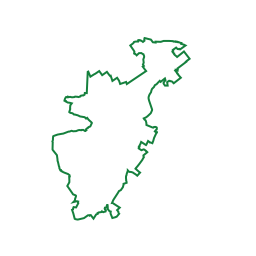 outline of Vandzenes pag., Talsi, Latvia, rotated 333°
{"feature_id": "27541924B44124722370544", "entity_name": "Vandzenes pag.", "entity_type": "district", "adm_level": 2, "iso_a3": "LVA", "parent_name": "Latvia", "parent_adm1": "Talsi", "projection": "mercator", "projection_center": [22.859, 57.331], "detail": "fine", "context": "isolated", "style": "outline", "palette": "green", "viewbox_px": 256, "rotation_deg": 333, "n_neighbors": 0, "source": "geoboundaries", "source_scale": "gbopen_adm2", "svg_char_len": 5609}
<svg xmlns="http://www.w3.org/2000/svg" viewBox="0 0 256 256"><g transform="rotate(333 128 128)"><path d="M56.1,193.1L60.3,190.6L62.1,190.7L62.3,190.0L63.1,190.1L63.4,189.9L66.1,190.8L66.8,190.5L66.8,190.8L67.5,191.5L67.8,191.8L68.3,191.8L70.1,192.2L71.0,191.2L70.5,190.0L70.7,189.1L71.1,188.7L71.3,188.5L72.9,189.1L73.2,188.5L73.8,187.6L74.4,187.1L74.8,187.3L74.6,188.0L73.6,190.2L73.4,190.1L73.2,191.0L73.2,191.4L73.4,192.1L73.5,192.8L73.7,193.4L73.8,193.8L74.7,194.6L74.1,195.4L73.6,196.4L73.2,201.1L76.5,201.8L76.7,201.7L77.6,201.9L81.1,200.4L81.0,200.2L81.1,199.0L81.4,198.1L81.0,196.2L84.5,195.2L80.1,187.6L79.8,187.5L80.5,186.9L82.2,185.5L84.4,184.2L84.6,184.1L89.8,181.1L91.3,180.1L93.4,180.1L96.6,178.4L98.2,176.6L98.7,175.7L101.9,176.2L102.3,175.2L102.6,173.6L103.0,173.0L103.4,171.8L104.4,170.0L105.2,169.4L105.9,168.4L108.5,165.9L108.6,165.7L108.7,166.0L108.8,166.8L109.2,167.6L109.6,167.9L110.2,168.2L111.3,169.0L111.8,169.6L112.3,170.1L112.8,171.2L113.8,172.8L114.2,173.8L114.6,174.7L118.5,173.2L117.9,172.0L116.2,167.7L117.1,167.3L117.1,167.2L119.1,166.4L121.9,165.1L126.1,163.0L126.8,162.5L128.7,161.3L128.6,161.2L129.3,159.4L133.9,158.4L134.2,158.3L133.9,157.6L134.0,157.6L133.7,156.7L132.7,154.6L132.1,154.1L129.9,153.9L128.3,151.1L129.6,150.0L129.2,149.6L131.6,148.0L133.4,146.4L136.3,151.4L136.6,151.3L140.0,148.7L140.8,150.3L140.9,150.8L141.0,151.0L141.6,151.2L142.8,152.6L144.6,151.0L146.7,148.7L150.8,145.5L151.1,145.3L151.7,145.2L151.9,144.9L150.7,143.9L150.4,143.2L152.0,142.5L152.9,142.3L153.7,141.1L153.8,140.6L153.3,139.8L152.6,139.3L151.5,138.9L150.9,139.2L150.1,138.7L145.8,133.7L146.7,131.7L147.1,129.7L147.1,129.3L147.0,128.9L146.5,127.9L146.4,126.6L148.7,126.7L149.6,126.6L150.7,126.4L154.2,125.4L154.8,125.2L155.2,125.0L157.5,123.1L157.8,122.6L157.9,122.2L159.2,113.3L159.4,112.4L159.6,111.5L159.9,110.7L160.4,109.8L160.8,109.4L161.8,108.4L162.6,107.8L164.7,106.6L165.1,106.2L165.7,105.4L166.9,104.3L167.4,104.0L169.6,103.3L170.0,103.1L171.0,102.3L171.3,102.1L171.7,102.0L173.0,102.0L173.5,101.9L175.3,101.2L177.7,100.4L178.0,101.7L183.4,100.6L183.3,101.2L183.0,102.0L183.1,102.4L180.4,103.7L180.2,103.9L179.9,104.6L180.2,107.0L182.6,108.2L183.7,104.9L186.1,104.6L186.7,105.0L186.8,105.5L187.5,105.8L188.4,106.7L188.7,107.6L188.9,108.7L189.0,108.9L197.9,107.2L197.4,105.3L197.3,105.0L196.7,102.2L196.9,102.2L196.7,101.1L196.1,98.1L197.2,97.9L197.8,98.5L198.3,99.3L198.6,98.9L198.4,98.5L198.6,98.6L199.1,98.2L199.2,97.4L209.8,95.5L209.7,95.2L210.9,94.9L210.9,95.0L211.2,94.9L214.3,94.3L212.9,86.9L212.6,85.2L210.8,85.6L204.0,87.0L203.8,86.3L202.9,84.3L202.6,83.3L203.0,82.6L202.5,82.1L202.5,81.6L202.2,80.3L202.2,80.2L202.3,79.9L203.3,79.8L203.4,78.8L207.4,78.2L208.0,80.1L209.0,80.8L209.5,80.7L209.9,81.0L210.1,81.6L216.7,80.6L216.0,79.7L215.8,79.3L213.6,77.2L214.0,76.8L214.2,76.5L213.4,76.0L212.6,75.0L212.5,74.9L212.2,74.8L211.8,74.2L211.5,73.9L211.3,74.1L210.9,73.9L210.6,73.3L210.5,73.1L210.3,72.9L210.2,72.9L209.7,73.0L209.6,72.9L209.5,72.3L209.4,72.2L208.2,72.0L208.0,71.8L207.8,71.5L207.8,71.4L207.4,71.2L207.3,70.9L204.0,69.0L199.3,66.6L196.3,66.1L191.8,63.6L191.4,64.4L189.1,62.9L188.9,61.8L188.7,60.5L188.5,59.6L183.6,55.4L183.1,55.9L182.4,57.1L182.4,57.4L182.3,57.7L180.4,58.1L180.1,57.4L179.1,55.7L178.4,55.6L178.3,55.0L177.5,54.5L176.9,54.4L176.2,55.5L173.7,54.3L172.4,54.1L172.0,54.5L170.5,55.0L167.5,55.5L168.3,61.3L168.4,62.8L167.3,64.4L168.0,65.1L167.9,65.4L168.5,66.2L168.7,67.2L171.8,66.3L173.9,67.3L174.9,69.1L175.2,69.3L175.0,71.3L174.5,72.2L172.8,73.8L171.6,77.0L170.9,77.5L170.6,78.0L170.1,78.3L170.2,79.0L170.3,79.9L169.0,80.0L169.6,83.6L170.0,85.5L146.9,88.3L147.2,86.1L144.9,85.8L141.0,85.2L141.5,81.9L141.1,78.3L135.5,79.0L136.3,73.6L135.7,73.6L135.3,72.0L134.7,68.4L129.0,69.2L128.6,66.7L128.2,64.2L123.5,64.8L122.1,64.8L117.8,65.2L117.9,63.8L118.2,59.7L117.6,59.7L107.1,78.2L105.4,77.2L104.4,78.6L103.4,78.7L102.8,78.5L102.7,78.6L102.0,78.2L100.5,77.8L100.3,77.8L99.8,78.3L98.2,78.0L97.8,77.9L97.2,77.3L95.1,76.0L94.3,76.1L93.8,75.9L92.2,75.3L91.5,74.8L90.6,74.0L89.6,73.7L89.3,73.5L88.7,72.8L88.2,73.3L87.0,72.3L86.4,72.5L85.2,73.3L84.1,74.4L83.8,74.8L84.8,75.7L84.5,76.0L85.6,77.5L85.7,77.8L87.7,79.2L89.1,80.5L86.9,81.6L85.3,84.2L85.2,84.8L82.9,87.1L83.1,87.7L83.8,88.6L84.8,89.3L85.3,89.8L86.0,91.5L86.7,91.8L89.1,94.0L90.5,95.9L94.3,98.7L94.9,100.6L96.2,100.4L96.3,100.9L96.6,102.6L97.1,104.0L97.7,105.5L98.1,106.7L98.1,107.1L95.6,109.1L95.2,109.4L94.5,109.5L93.4,109.3L92.9,109.5L92.9,109.4L92.3,109.5L90.0,110.1L89.9,111.1L89.2,111.1L88.8,111.3L88.6,111.1L88.3,111.1L87.3,109.4L85.9,108.7L85.4,108.8L83.9,107.8L82.7,107.4L80.3,107.2L77.6,106.0L76.5,104.9L75.1,104.7L74.5,104.7L73.3,104.2L67.8,103.6L66.3,103.1L62.3,101.9L58.6,101.4L57.6,101.4L57.5,101.5L56.8,102.6L56.1,103.7L56.0,104.0L55.7,104.5L55.4,104.9L54.5,105.7L54.5,106.0L54.5,106.5L54.4,106.6L51.0,112.9L51.0,113.2L51.0,113.5L52.3,119.8L52.3,120.0L51.1,123.5L50.3,125.4L50.2,126.4L49.1,130.7L49.1,131.6L49.0,131.9L48.7,132.3L48.6,132.7L48.5,134.7L49.0,134.8L49.2,135.0L48.9,135.6L48.9,136.1L49.5,136.6L49.4,136.7L50.3,138.0L51.5,139.4L53.6,141.7L54.5,143.5L54.1,144.8L53.5,144.7L52.0,148.0L51.1,149.7L47.6,152.1L48.8,160.9L48.9,162.1L49.0,162.3L49.2,162.5L50.4,163.8L50.9,164.6L50.8,165.0L50.5,165.4L48.6,167.2L47.9,168.3L47.4,168.6L45.7,169.2L49.2,170.0L50.1,170.8L49.6,171.1L49.6,172.4L45.7,175.2L43.6,173.8L42.6,174.7L42.1,175.5L41.0,175.5L40.5,179.2L39.3,184.7L39.4,184.9L40.3,185.8L41.7,186.8L47.0,188.1L47.9,188.3L52.6,187.6L54.1,188.2L54.1,188.6L54.8,188.5L55.3,188.7L55.3,189.1L55.6,190.3L55.9,192.1L56.1,193.1Z" fill="none" stroke="#15803d" stroke-width="2"/></g></svg>